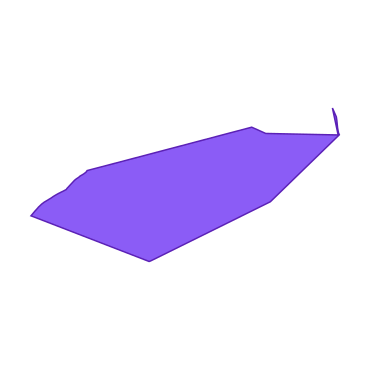 Esperance, Soufrière, Saint Lucia (Equal Earth projection), rotated 72°
{"feature_id": "8701671B64891030149560", "entity_name": "Esperance", "entity_type": "district", "adm_level": 2, "iso_a3": "LCA", "parent_name": "Saint Lucia", "parent_adm1": "Soufrière", "projection": "equal_earth", "projection_center": [-61.054, 13.808], "detail": "fine", "context": "isolated", "style": "filled", "palette": "violet", "viewbox_px": 384, "rotation_deg": 72, "n_neighbors": 0, "source": "geoboundaries", "source_scale": "gbopen_adm2", "svg_char_len": 1170}
<svg xmlns="http://www.w3.org/2000/svg" viewBox="0 0 384 384"><g transform="rotate(72 192 192)"><path d="M148.8,115.2L143.9,202.5L139.9,273.2L139.4,281.7L139.2,285.1L140.4,286.7L141.4,289.6L142.3,293.7L143.0,295.2L143.8,298.1L144.3,299.4L144.5,300.0L146.9,304.3L149.9,309.7L150.8,310.9L151.0,312.2L151.3,313.8L151.4,314.4L151.5,315.1L151.6,316.0L151.7,316.8L151.9,317.7L152.0,318.5L152.1,319.3L152.2,319.9L152.4,320.7L152.5,321.4L152.7,322.3L152.9,323.2L153.1,324.0L153.3,324.9L153.5,325.7L153.8,326.5L154.0,327.3L154.2,327.9L154.4,328.8L154.6,329.6L154.8,330.6L155.0,331.3L155.2,332.2L155.4,333.1L155.6,334.0L155.8,334.7L155.9,335.4L156.2,336.3L156.5,337.1L156.7,337.8L157.0,338.6L157.3,339.2L157.6,339.9L158.0,340.7L158.3,341.3L158.7,342.2L159.1,343.0L159.5,343.5L159.8,344.1L160.1,344.6L160.5,345.2L160.9,346.0L161.4,346.9L161.7,347.4L162.1,348.0L162.4,348.5L162.7,349.0L163.1,349.6L163.4,350.1L163.8,350.7L164.2,351.4L164.6,352.0L164.9,352.5L244.8,254.3L244.8,252.8L225.5,120.5L183.1,34.2L182.1,34.3L180.9,34.4L175.9,33.7L168.6,32.1L165.1,31.5L155.5,32.5L182.9,35.4L159.1,103.8L155.2,108.1L148.8,115.2Z" fill="#8b5cf6" stroke="#5b21b6" stroke-width="1.5"/></g></svg>